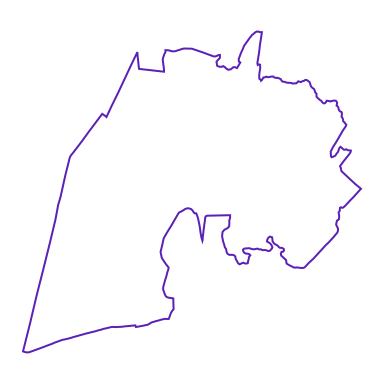 Limuru, Central, Kenya (Natural Earth projection)
{"feature_id": "3690345B52223496040180", "entity_name": "Limuru", "entity_type": "district", "adm_level": 2, "iso_a3": "KEN", "parent_name": "Kenya", "parent_adm1": "Central", "projection": "natural_earth1", "projection_center": [36.657, -1.145], "detail": "fine", "context": "isolated", "style": "outline", "palette": "violet", "viewbox_px": 384, "rotation_deg": 0, "n_neighbors": 0, "source": "geoboundaries", "source_scale": "gbopen_adm2", "svg_char_len": 5944}
<svg xmlns="http://www.w3.org/2000/svg" viewBox="0 0 384 384"><path d="M259.1,52.4L259.9,45.3L261.9,32.2L260.0,32.1L258.2,31.6L256.5,31.6L254.9,32.6L253.3,34.1L252.0,34.9L251.3,36.1L250.1,37.4L244.4,45.3L243.8,46.5L243.2,48.1L242.4,49.9L241.7,51.4L241.1,52.7L240.6,53.9L240.2,55.1L239.2,57.7L238.7,59.1L238.9,61.5L240.3,62.5L237.0,68.1L235.1,67.2L233.4,67.2L231.9,68.4L230.8,69.3L229.3,69.5L228.2,69.8L227.0,69.0L225.9,68.3L225.0,67.3L223.2,66.1L221.6,66.8L219.8,66.8L218.5,66.4L217.2,65.8L216.9,64.4L216.7,63.0L216.5,61.7L217.6,60.3L218.8,59.1L219.9,57.8L219.9,54.9L218.4,55.1L217.0,55.8L215.4,56.4L213.6,56.4L203.4,52.6L195.4,49.9L193.9,49.4L191.9,48.7L184.1,48.5L181.9,49.0L179.9,49.7L177.6,50.4L175.8,51.1L173.7,51.3L172.0,51.3L169.7,50.6L167.8,50.2L165.4,50.2L165.5,52.0L164.7,53.5L164.1,54.8L163.6,56.4L162.9,58.3L162.8,60.3L163.0,61.8L163.2,63.2L163.3,64.5L163.6,66.0L163.9,68.6L164.0,70.0L164.0,71.7L139.1,68.9L138.8,67.2L138.0,59.3L137.6,56.1L137.4,52.1L134.4,58.3L130.7,66.0L122.2,84.1L118.6,91.8L111.7,105.8L109.0,111.6L106.5,117.0L105.1,115.8L102.2,113.9L95.9,122.3L88.9,131.6L82.6,140.3L74.7,150.7L71.2,155.1L70.3,156.4L69.7,157.9L65.4,175.0L60.5,197.1L58.2,204.8L55.4,219.8L49.7,243.6L43.0,270.5L36.5,296.0L29.9,324.0L23.0,351.4L25.8,352.3L28.4,352.4L30.4,351.8L40.6,348.1L41.7,347.7L49.0,344.9L51.9,343.9L54.5,342.7L58.4,341.3L62.2,339.9L65.8,339.2L70.4,338.0L71.6,337.7L72.9,337.2L77.3,336.0L86.5,333.4L90.0,332.6L92.9,331.8L94.2,331.6L97.4,330.6L101.7,329.5L103.2,328.9L105.3,328.5L109.9,327.4L112.2,326.9L116.0,327.1L119.1,326.9L121.6,326.8L125.3,326.3L128.0,326.1L130.1,325.9L131.5,325.7L134.3,325.5L135.4,325.4L135.9,327.0L137.3,326.8L140.9,326.1L144.5,325.4L146.1,325.0L147.3,324.9L148.9,324.1L150.1,323.3L151.4,322.5L153.4,321.9L155.3,321.3L157.3,320.8L158.5,320.5L160.7,319.8L162.4,319.4L164.5,318.9L166.3,318.9L167.6,319.0L168.8,318.9L170.9,313.0L171.9,311.3L172.8,310.1L173.6,309.2L173.4,303.5L173.3,298.4L168.7,297.7L167.1,297.2L165.7,296.1L165.1,294.9L164.6,293.6L164.0,291.9L163.5,290.5L163.1,289.2L163.3,286.6L163.9,284.7L164.4,282.8L165.0,280.5L166.1,277.2L166.9,274.1L167.2,272.8L167.7,271.2L168.4,269.3L168.6,267.5L167.8,266.5L166.2,264.5L163.8,261.0L161.7,257.7L161.4,255.8L160.8,253.5L160.6,251.8L162.2,245.2L163.7,238.3L167.4,231.9L172.0,224.5L175.0,219.2L178.9,212.6L180.0,212.1L181.5,211.3L182.7,210.7L185.4,208.9L186.9,208.5L188.1,208.2L189.7,208.6L191.3,209.2L192.7,210.7L193.7,212.3L194.6,213.3L196.3,213.4L197.6,217.0L198.2,219.1L198.6,220.9L199.0,223.0L199.4,224.7L199.8,227.1L200.5,232.2L200.9,234.7L201.5,237.9L202.4,240.7L202.7,239.4L202.7,237.7L202.9,236.2L203.3,232.8L203.6,229.7L204.0,227.4L204.2,225.3L204.5,223.3L204.8,221.6L205.0,219.7L205.2,217.7L205.7,216.3L207.3,215.7L230.1,215.2L230.1,217.7L229.7,219.3L229.2,220.6L229.4,222.6L229.1,226.4L227.7,228.0L226.3,228.8L225.2,229.3L223.9,230.3L222.5,232.1L222.1,236.3L223.2,241.8L223.8,243.4L224.4,245.5L224.9,247.4L226.0,248.8L226.5,251.3L227.0,253.1L228.3,254.4L229.4,254.8L230.6,254.9L231.7,254.8L232.9,254.9L234.1,255.3L235.3,256.4L235.5,258.2L236.2,259.8L237.0,261.1L238.0,263.1L239.4,264.3L240.9,263.8L242.0,263.1L243.2,262.7L244.8,263.4L246.4,263.6L247.8,263.1L248.2,260.7L248.7,259.2L248.9,257.7L249.3,256.4L250.3,255.4L249.2,254.1L247.7,253.7L246.1,253.6L244.5,253.0L243.2,251.2L243.0,249.6L244.3,248.6L245.8,248.4L247.1,248.4L248.4,248.2L250.2,248.4L251.3,248.9L252.8,249.2L254.3,249.3L255.6,249.0L257.5,248.6L259.2,249.4L260.8,249.3L261.9,249.8L263.0,250.2L264.3,250.0L265.5,250.1L266.7,250.4L268.2,251.1L270.0,250.7L271.0,249.5L271.8,248.7L272.4,247.3L271.6,245.3L270.5,243.8L269.4,242.9L267.0,241.5L267.3,239.6L268.3,237.8L269.9,236.6L272.1,237.3L272.4,239.4L272.6,241.4L274.3,243.8L275.9,244.6L277.7,245.7L278.7,246.9L279.9,247.8L282.0,247.9L283.7,248.8L284.0,250.6L283.1,251.7L281.6,251.8L280.8,253.6L281.2,255.6L282.4,256.7L283.6,257.8L284.9,259.0L286.1,260.1L286.3,262.0L286.6,263.5L287.9,264.4L289.5,265.3L292.9,267.0L294.2,267.6L295.6,267.6L297.1,267.4L298.3,267.6L299.9,267.8L302.0,268.0L303.9,267.8L305.4,266.6L308.9,262.8L313.4,258.7L325.9,245.0L328.4,242.7L333.4,237.3L335.9,234.3L337.0,233.0L337.6,231.9L338.0,230.5L338.0,228.6L337.5,227.4L336.9,226.3L336.2,224.9L336.3,223.5L336.6,222.1L337.1,220.5L338.1,220.0L339.0,219.0L339.2,216.0L339.0,214.7L338.6,212.4L339.7,211.0L340.0,207.8L341.0,207.3L342.1,207.8L343.3,207.5L344.4,206.5L345.3,205.7L347.2,203.6L351.1,199.4L353.0,197.6L360.1,189.7L361.0,188.8L358.4,186.6L355.1,183.9L349.5,178.7L341.4,171.1L341.2,169.7L340.7,167.6L340.0,166.2L343.7,161.1L349.1,154.4L350.5,152.3L350.9,150.6L349.6,150.4L347.9,150.2L346.3,149.3L344.9,149.8L343.5,149.5L341.5,147.6L340.5,146.8L339.2,148.2L338.4,150.9L337.8,152.2L336.3,154.0L335.4,155.6L333.2,156.7L331.6,157.2L330.9,156.0L330.9,154.0L330.7,151.6L333.2,146.7L335.8,142.7L338.8,137.6L341.3,133.3L342.5,131.1L344.3,128.4L345.8,126.3L346.3,124.7L345.4,123.7L344.6,122.5L343.3,121.4L343.0,119.5L342.6,118.1L341.6,117.0L341.8,115.1L341.9,113.0L341.4,111.9L339.9,111.3L338.8,109.7L338.3,107.4L337.7,106.3L336.6,105.7L336.9,104.2L337.1,102.5L335.9,100.8L334.3,100.5L332.9,100.8L331.5,101.0L330.4,101.5L328.8,101.0L326.7,100.7L325.8,102.4L324.8,103.3L323.6,103.3L322.4,102.4L321.2,100.7L319.9,100.0L318.7,98.9L316.6,96.9L316.5,95.4L316.5,93.8L315.3,92.5L314.6,90.3L313.8,88.7L312.6,88.1L311.5,87.0L310.6,85.5L310.2,83.8L309.5,82.0L308.1,81.0L306.9,80.1L305.3,79.9L303.9,80.9L302.4,81.2L300.9,82.1L299.4,81.7L298.3,81.3L297.3,82.4L296.1,83.4L294.5,83.3L292.6,83.6L291.2,82.9L289.5,82.8L287.9,82.8L286.8,82.6L285.5,82.2L284.4,81.8L282.6,81.6L281.5,80.5L280.7,79.1L279.4,78.5L277.6,77.8L276.0,77.9L274.4,77.5L273.2,76.5L271.8,76.5L270.3,76.8L268.8,77.1L267.4,77.1L266.2,76.6L264.8,77.4L263.4,77.5L262.7,78.7L262.0,79.9L261.0,80.8L260.4,79.5L259.3,78.7L259.2,76.5L259.3,74.5L259.5,72.5L260.2,68.6L260.1,64.7L259.0,64.4L257.8,65.0L257.4,63.4L257.6,61.5L257.9,59.8L258.2,57.8L259.1,52.4Z" fill="none" stroke="#5b21b6" stroke-width="2"/></svg>